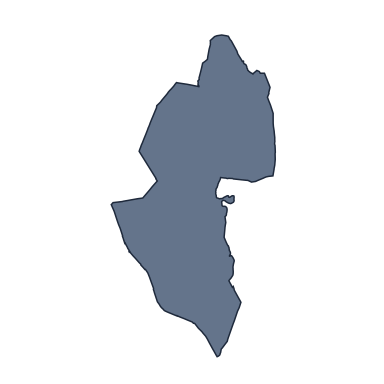 Bērzgales pag., Rezeknes, Latvia, rotated 278°
{"feature_id": "27541924B18969922609426", "entity_name": "Bērzgales pag.", "entity_type": "district", "adm_level": 2, "iso_a3": "LVA", "parent_name": "Latvia", "parent_adm1": "Rezeknes", "projection": "natural_earth1", "projection_center": [27.495, 56.631], "detail": "fine", "context": "isolated", "style": "filled", "palette": "slate", "viewbox_px": 384, "rotation_deg": 278, "n_neighbors": 0, "source": "geoboundaries", "source_scale": "gbopen_adm2", "svg_char_len": 5883}
<svg xmlns="http://www.w3.org/2000/svg" viewBox="0 0 384 384"><g transform="rotate(278 192 192)"><path d="M89.6,255.8L100.0,248.0L100.9,247.4L102.0,247.1L104.2,246.0L103.2,245.3L109.2,240.9L109.8,241.1L111.1,241.9L112.1,242.6L113.2,243.1L114.7,243.8L115.2,244.0L115.9,244.1L116.4,244.1L117.1,244.1L119.0,243.9L120.8,243.5L122.6,243.2L123.2,243.0L124.0,243.0L127.1,243.1L127.3,243.2L127.7,243.2L129.5,243.4L130.1,243.3L130.9,242.9L132.5,241.8L133.3,241.1L134.0,240.4L134.3,240.2L134.4,239.6L134.3,239.0L134.1,238.6L133.7,238.4L133.7,238.1L134.1,238.0L134.8,238.2L135.8,238.7L136.6,238.6L137.0,238.6L137.8,238.2L138.5,237.9L139.1,237.2L139.3,237.2L140.0,237.0L140.3,236.9L140.7,236.7L142.0,236.4L142.5,236.1L142.8,235.9L142.9,235.7L143.2,235.7L143.7,235.5L144.2,234.7L146.9,232.9L151.6,230.1L160.1,229.7L161.2,229.6L162.2,229.6L163.7,229.6L166.0,229.7L166.6,229.7L167.5,229.4L172.2,228.1L172.8,228.6L173.2,228.9L173.6,229.1L174.0,229.2L174.5,229.2L175.5,229.1L176.2,229.2L176.8,229.3L178.4,229.3L179.5,229.2L180.9,228.8L181.5,228.3L182.0,227.7L182.3,227.3L182.4,226.5L182.3,225.8L182.2,225.1L182.2,224.5L182.6,223.7L185.4,223.0L186.3,222.7L186.6,222.7L187.1,223.0L188.1,224.0L188.1,224.5L187.9,226.0L187.6,226.4L187.1,227.1L186.8,227.8L186.1,229.7L185.9,231.4L185.9,231.9L186.4,232.8L186.5,233.0L186.8,233.3L187.1,233.6L187.3,233.9L187.4,234.1L187.8,234.5L188.6,234.8L189.3,234.9L189.7,234.8L190.4,234.6L190.8,234.6L191.3,234.5L192.9,234.4L193.7,234.1L193.8,234.1L193.9,233.8L194.0,233.4L193.9,232.4L193.8,232.2L193.7,232.0L193.4,231.7L193.1,231.3L192.7,230.9L192.5,230.7L192.4,230.6L192.1,230.2L192.0,229.9L191.9,229.7L192.0,229.5L192.1,229.1L192.5,229.0L193.1,228.7L193.3,228.4L193.3,227.9L193.1,227.4L192.9,226.9L192.5,226.4L191.0,224.2L190.2,223.4L189.7,222.8L189.6,222.1L189.6,221.6L189.2,220.6L189.1,220.3L189.1,219.9L189.3,219.6L189.4,218.9L189.5,218.5L189.6,217.5L190.0,217.1L190.4,216.8L190.9,216.7L191.3,216.6L191.8,216.5L192.3,216.3L193.1,215.9L193.5,215.7L193.8,215.7L194.5,215.7L194.8,215.7L195.2,215.5L195.6,215.4L196.0,215.4L196.6,215.4L196.9,215.5L197.3,215.5L197.8,215.4L198.2,215.4L199.0,215.7L199.3,215.8L199.8,216.1L200.6,216.3L201.5,216.4L201.8,216.5L202.5,216.6L203.4,216.6L203.6,216.7L203.9,216.8L204.7,217.0L205.6,217.2L207.1,217.8L207.9,218.0L208.8,218.2L209.8,218.3L210.3,218.3L210.4,222.4L210.5,223.5L210.2,225.1L210.7,226.7L210.8,228.1L211.0,230.2L211.0,230.5L210.7,231.1L210.8,233.9L211.0,240.0L211.2,245.1L211.3,245.7L210.1,249.5L211.3,253.5L212.7,255.7L214.1,258.1L215.7,260.8L216.5,262.0L217.3,263.4L218.2,265.9L219.2,269.9L225.9,270.1L226.0,270.0L227.6,270.1L229.8,270.2L230.1,270.2L230.3,270.2L235.8,269.9L241.8,268.9L242.8,269.0L246.2,268.4L249.8,267.7L250.4,267.4L250.6,267.3L250.9,267.1L251.3,267.1L252.7,267.0L254.0,267.0L254.5,266.8L257.4,266.4L261.8,265.3L263.6,264.9L268.3,263.5L271.5,262.8L275.6,262.2L281.2,261.4L289.0,257.6L292.8,255.4L296.2,253.6L296.4,253.5L299.1,254.2L300.1,254.5L300.3,254.4L301.2,254.2L305.2,254.6L306.5,254.7L309.6,253.0L309.7,252.9L312.2,251.5L319.4,247.4L319.7,247.2L319.1,243.1L320.5,242.0L320.7,241.7L321.4,239.3L317.8,236.1L317.5,235.8L317.4,235.8L317.7,235.2L317.9,234.9L318.0,234.3L318.7,232.8L319.3,231.7L319.8,231.1L320.0,230.8L320.2,230.4L320.8,230.1L321.6,229.8L322.3,229.2L323.9,228.7L325.2,227.9L325.4,227.7L325.6,227.5L325.8,227.2L326.0,226.4L326.2,225.8L326.4,225.6L327.2,225.0L327.8,224.9L328.3,224.9L328.7,224.8L328.8,224.6L328.6,224.4L328.4,224.0L328.3,223.8L328.3,223.6L328.6,223.4L328.9,223.3L335.1,218.1L337.7,216.9L345.9,210.8L347.1,209.9L348.2,208.6L351.3,206.3L351.5,204.1L351.5,203.4L351.6,199.6L350.9,197.2L350.2,194.9L349.0,192.7L344.5,189.0L342.9,189.4L341.6,189.5L341.4,189.5L340.6,189.7L335.8,189.1L328.3,188.8L325.5,188.8L324.9,188.3L323.3,186.9L321.1,184.6L315.9,184.2L310.2,183.6L307.7,183.3L305.9,183.1L304.3,183.5L303.8,183.0L303.5,182.8L302.8,182.4L302.6,182.4L302.4,182.5L302.2,182.5L301.7,182.8L301.4,182.9L301.1,182.9L300.6,182.9L300.3,182.9L300.1,182.9L299.6,183.1L299.4,183.2L299.1,183.0L298.9,183.0L298.6,183.1L298.4,183.3L298.4,183.5L298.2,183.9L298.0,184.0L297.8,184.1L297.5,184.1L297.3,184.1L297.3,183.7L297.4,182.8L297.8,176.1L298.0,172.2L298.0,170.1L298.1,162.5L298.2,161.4L296.6,160.4L294.3,159.2L291.3,157.2L289.4,155.8L287.2,154.4L286.9,154.4L285.2,153.4L283.7,152.5L282.3,151.6L278.6,149.3L276.7,148.3L275.5,147.4L272.6,145.1L270.2,145.1L269.3,144.8L264.7,143.6L260.8,142.6L259.0,142.1L254.6,141.0L252.6,140.6L250.5,140.1L249.7,139.8L246.8,139.2L242.6,138.2L237.9,137.0L233.7,136.0L231.4,135.3L229.2,134.9L226.8,134.3L224.9,134.0L200.5,154.4L200.3,154.3L200.1,154.3L199.8,154.7L199.3,154.9L198.1,156.1L192.8,152.6L191.1,151.5L188.5,150.0L179.2,144.1L178.8,142.8L177.9,139.5L175.7,132.7L174.5,129.1L174.2,128.1L173.2,125.0L172.9,124.5L170.5,115.3L168.5,114.0L168.3,113.8L166.3,115.0L161.9,117.7L153.5,121.8L149.6,123.8L145.9,126.0L142.8,127.5L139.7,129.0L139.3,129.3L138.7,129.2L136.6,130.3L135.7,130.7L131.8,132.6L132.2,132.9L130.5,134.0L128.7,135.4L127.2,136.3L125.0,138.2L124.6,137.8L123.9,138.2L124.5,138.6L123.1,139.7L120.6,142.5L118.5,145.1L114.7,149.5L113.4,151.3L112.6,151.5L110.4,154.2L108.6,156.2L108.7,156.6L108.8,156.7L105.7,159.5L101.7,161.8L97.3,164.1L91.3,167.3L89.9,167.4L89.1,167.9L86.6,169.0L86.0,169.3L78.5,173.0L76.1,175.3L74.3,176.7L73.2,177.9L72.1,179.5L71.8,179.9L71.3,180.4L70.7,181.2L70.2,182.7L70.2,182.8L69.9,183.7L69.3,185.9L68.7,188.3L68.2,190.2L67.1,194.5L67.4,194.5L66.6,197.2L65.5,201.9L64.8,204.5L63.3,210.3L62.2,211.7L62.3,212.8L61.8,213.4L57.9,217.4L55.1,221.2L53.6,222.7L51.7,224.9L51.1,225.6L48.5,227.7L44.3,230.7L44.2,230.8L39.1,234.6L37.6,235.8L34.0,238.5L32.4,239.8L33.1,240.9L34.1,241.9L34.8,242.3L35.5,242.3L37.1,242.7L40.5,242.8L41.8,243.7L45.1,245.5L49.0,247.7L51.1,247.9L52.8,248.2L58.8,249.4L67.7,251.2L70.2,251.8L80.4,253.7L81.3,254.0L83.9,254.8L89.6,255.8Z" fill="#64748b" stroke="#1e293b" stroke-width="1.5"/></g></svg>